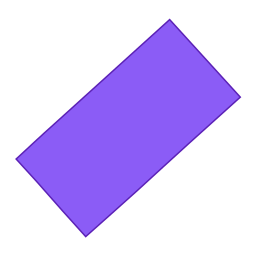 Eau Claire, Wisconsin, United States of America (orthographic projection), rotated 318°
{"feature_id": "52423323B20706139587208", "entity_name": "Eau Claire", "entity_type": "district", "adm_level": 2, "iso_a3": "USA", "parent_name": "United States of America", "parent_adm1": "Wisconsin", "projection": "orthographic", "projection_center": [-91.42, 44.727], "detail": "fine", "context": "isolated", "style": "filled", "palette": "violet", "viewbox_px": 256, "rotation_deg": 318, "n_neighbors": 0, "source": "geoboundaries", "source_scale": "gbopen_adm2", "svg_char_len": 355}
<svg xmlns="http://www.w3.org/2000/svg" viewBox="0 0 256 256"><g transform="rotate(318 128 128)"><path d="M24.1,76.2L24.3,106.5L23.9,145.4L23.9,180.4L58.5,180.6L93.3,180.7L128.0,180.4L162.5,180.2L197.4,180.2L232.1,180.2L231.5,75.3L77.1,75.7L62.8,75.7L56.0,75.8L53.6,75.8L53.0,75.8L24.1,76.2Z" fill="#8b5cf6" stroke="#5b21b6" stroke-width="1.5"/></g></svg>